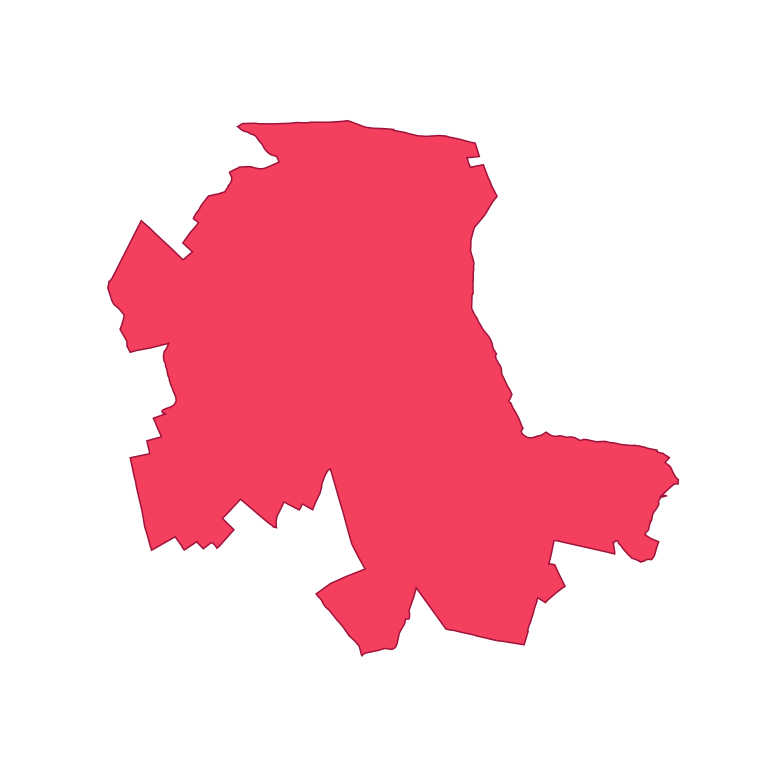 outline of Strunga, Iasi, Romania, rotated 347°
{"feature_id": "2599482B42928689760667", "entity_name": "Strunga", "entity_type": "district", "adm_level": 2, "iso_a3": "ROU", "parent_name": "Romania", "parent_adm1": "Iasi", "projection": "mercator", "projection_center": [26.943, 47.159], "detail": "fine", "context": "isolated", "style": "filled", "palette": "rose", "viewbox_px": 768, "rotation_deg": 347, "n_neighbors": 0, "source": "geoboundaries", "source_scale": "gbopen_adm2", "svg_char_len": 6158}
<svg xmlns="http://www.w3.org/2000/svg" viewBox="0 0 768 768"><g transform="rotate(347 384 384)"><path d="M514.9,621.9L511.5,607.5L509.7,598.5L505.2,596.6L504.0,596.8L508.9,587.0L514.3,575.1L515.8,575.1L516.7,575.4L563.6,598.0L570.5,601.5L571.0,599.5L571.7,590.1L572.4,590.1L573.8,589.2L576.4,589.4L577.0,592.7L578.1,594.1L578.7,595.3L579.9,598.5L583.5,605.1L585.8,608.5L586.1,609.4L589.8,611.5L594.3,615.4L594.7,614.9L595.2,614.8L596.0,614.8L597.1,615.3L599.1,614.5L601.7,614.2L604.8,615.2L605.4,615.2L608.4,612.6L610.4,609.4L612.6,605.2L616.2,599.5L609.1,594.5L604.5,589.6L605.8,587.5L607.8,586.5L609.1,585.3L611.4,580.3L612.5,579.0L612.3,577.8L613.5,577.7L614.3,576.5L616.1,572.2L617.1,570.6L622.2,566.0L624.2,563.8L624.9,562.2L625.1,559.9L625.6,559.4L628.1,556.8L633.8,556.5L633.2,555.9L629.0,555.4L631.8,553.9L632.3,553.4L638.1,550.0L643.6,547.1L645.8,546.8L648.0,547.6L649.3,543.5L647.4,540.7L646.3,537.2L645.6,534.7L645.2,532.1L644.3,528.7L640.2,523.7L645.5,520.0L643.7,518.0L641.9,516.4L640.4,514.5L635.2,511.9L635.3,510.0L625.6,505.5L623.2,503.8L622.0,503.4L621.1,503.4L620.6,503.0L620.4,502.5L619.9,502.2L618.0,501.4L616.0,501.1L614.6,500.0L612.3,499.9L601.2,496.2L596.2,493.7L590.6,491.7L586.4,489.6L577.8,488.0L569.7,484.1L566.3,482.9L562.8,483.2L562.3,483.0L557.9,479.3L556.3,478.4L553.3,477.4L549.9,477.0L545.8,474.8L543.7,474.0L540.1,473.7L537.5,473.0L536.3,472.4L533.1,469.7L531.8,468.0L531.1,467.4L525.7,469.3L520.9,469.3L517.4,469.7L514.2,469.3L512.0,468.5L511.1,467.8L508.6,465.2L507.2,463.3L507.3,460.4L509.5,458.5L508.9,456.8L507.7,448.1L505.7,440.6L504.0,435.4L503.8,433.6L503.3,431.1L502.1,429.7L502.1,428.0L504.0,426.2L506.3,423.0L505.3,417.8L504.0,414.2L501.7,403.8L501.0,401.2L501.1,399.1L501.7,396.4L501.8,394.8L501.3,392.1L500.1,389.3L500.0,388.2L499.0,385.5L498.9,383.7L499.0,381.3L500.4,380.1L498.3,373.7L498.3,372.3L498.5,369.5L498.0,365.4L496.4,360.5L492.9,353.5L491.1,347.5L489.9,344.2L489.6,341.8L489.1,339.8L488.7,339.4L487.5,335.3L486.4,330.0L489.7,317.5L491.1,316.0L493.7,304.4L493.7,303.6L494.1,303.6L494.6,301.9L496.0,295.6L497.0,293.1L497.6,289.9L498.4,287.9L498.9,285.6L498.9,284.6L498.7,279.6L498.4,276.7L498.4,273.0L499.4,270.2L500.4,265.8L501.3,262.9L505.2,255.4L507.3,251.8L519.4,242.7L521.4,240.9L527.8,234.0L530.7,231.2L534.4,228.1L536.1,227.0L536.3,226.0L533.7,216.2L532.6,208.6L532.1,207.4L530.1,192.7L518.9,192.3L516.9,192.1L516.7,191.8L516.7,189.6L516.1,188.6L515.9,182.0L517.5,182.5L528.1,183.8L527.1,170.5L526.7,169.5L523.9,168.5L513.3,162.8L502.8,157.9L500.3,156.4L494.1,154.4L480.9,152.2L472.7,149.7L464.0,145.4L461.3,143.8L450.6,139.1L450.8,138.2L442.9,135.6L430.6,132.2L425.8,130.5L422.5,128.9L410.3,120.7L407.5,119.2L402.4,118.7L389.9,116.7L371.9,112.5L368.3,112.2L364.6,111.5L358.3,109.7L350.4,108.7L332.7,105.2L321.6,102.5L316.2,100.7L304.7,98.4L299.2,100.3L299.8,100.8L302.0,104.0L303.3,105.2L304.3,106.1L307.9,107.9L310.2,110.2L313.5,112.3L315.0,114.1L317.1,119.4L319.2,123.1L320.3,127.4L321.4,129.7L322.6,131.8L324.5,134.3L326.2,135.7L329.2,137.3L330.1,138.0L330.8,139.0L331.7,144.1L320.7,146.3L315.9,147.0L313.1,146.8L310.7,146.1L306.5,144.3L303.3,142.4L298.8,141.3L291.6,140.1L289.3,141.1L288.5,141.0L284.1,142.0L281.0,143.0L282.0,148.0L281.7,150.4L280.8,152.1L279.2,154.0L277.3,155.6L276.6,155.8L276.6,156.9L273.9,159.0L273.1,160.0L271.8,161.0L268.7,161.1L265.7,161.5L261.8,161.3L259.1,161.4L258.0,161.2L257.3,161.5L255.6,161.3L254.1,162.2L245.9,169.0L242.9,172.6L239.3,175.4L236.4,178.6L235.4,180.0L239.0,184.3L239.4,185.1L237.7,186.7L229.1,193.0L219.7,201.3L223.1,206.4L225.5,209.7L225.8,210.4L226.8,211.4L227.2,212.0L216.1,217.8L207.1,203.8L199.1,192.1L190.4,178.8L184.2,170.3L143.5,219.0L141.8,220.8L138.8,222.6L138.3,224.4L136.9,227.2L136.6,228.2L136.6,229.8L137.5,239.6L137.5,240.8L138.4,244.7L138.9,246.0L142.2,250.2L144.2,253.9L145.1,256.1L146.2,257.8L146.0,259.3L145.2,261.3L141.5,267.9L139.1,271.2L140.4,275.7L142.2,281.5L143.1,284.8L142.1,289.2L143.8,296.0L150.3,295.7L165.1,296.3L183.4,296.0L180.3,300.1L178.6,301.8L177.3,302.7L175.7,306.2L175.0,308.9L174.8,312.2L175.6,314.8L175.3,316.8L175.3,318.4L175.6,320.0L175.4,327.3L175.9,329.9L175.7,332.8L176.0,334.2L175.9,335.8L176.9,341.4L177.0,343.4L178.2,349.7L177.9,352.4L177.6,353.8L177.1,354.7L174.7,357.0L173.0,357.7L171.4,358.3L166.0,358.9L162.4,359.7L161.9,360.0L161.5,360.7L161.5,361.3L161.9,362.1L162.3,362.7L163.8,363.4L164.2,364.2L163.5,364.0L151.5,365.5L152.5,370.0L153.1,374.1L155.3,385.4L140.2,386.0L140.1,391.6L140.2,395.5L140.0,399.2L120.1,398.8L119.8,419.0L120.0,423.7L119.6,429.1L119.7,451.4L119.3,461.1L118.7,468.7L119.4,478.8L119.8,489.3L120.2,493.7L146.4,485.8L146.8,487.7L150.0,495.1L151.3,499.4L152.1,500.8L166.4,495.5L166.3,496.1L166.5,496.6L170.9,503.9L179.8,499.8L181.2,500.3L183.5,504.1L184.2,506.4L187.0,505.0L205.0,492.3L196.3,478.6L200.3,476.2L218.3,464.0L233.3,484.3L240.6,493.9L242.5,495.9L244.1,498.4L246.9,499.8L247.0,498.1L248.2,493.0L248.9,491.3L250.2,488.6L257.6,479.7L259.4,476.9L259.9,476.4L273.0,487.7L275.6,485.1L276.9,483.0L277.6,482.6L286.2,490.5L291.8,482.5L292.7,481.6L295.5,477.9L296.7,476.6L300.0,470.5L300.4,468.9L301.8,466.0L306.0,459.9L309.1,456.4L310.0,455.6L312.4,454.6L312.9,458.0L314.4,487.1L315.3,500.8L316.0,521.1L316.6,532.6L320.3,547.4L324.0,560.0L303.4,563.1L286.9,566.4L270.6,573.3L272.1,576.4L273.8,579.1L274.4,580.5L275.4,584.6L277.0,588.4L279.6,591.9L285.1,603.4L286.3,605.5L289.3,611.2L293.4,621.6L297.6,627.6L300.8,633.8L301.1,639.0L301.0,642.6L301.5,643.8L302.4,643.0L304.0,642.3L306.6,642.0L317.7,642.3L325.0,641.9L326.2,642.1L330.9,644.1L332.0,644.2L333.0,644.3L335.6,643.3L336.6,642.4L338.4,639.7L342.5,631.0L343.4,629.6L345.4,627.3L349.9,622.5L350.8,621.1L351.9,618.2L353.4,618.2L355.5,618.6L356.6,616.3L357.3,613.4L357.4,610.4L364.7,598.8L368.9,591.4L369.5,589.7L389.2,636.6L391.7,638.0L396.8,639.9L404.3,643.7L415.5,648.9L416.6,649.8L433.6,658.2L438.8,660.5L439.7,660.6L461.9,669.6L468.7,657.6L468.2,657.4L469.5,654.7L471.5,651.1L472.6,649.9L473.9,647.7L474.7,646.1L477.5,641.7L479.6,637.5L482.2,633.1L484.1,630.2L484.4,629.1L485.7,626.9L492.1,633.3L494.3,631.7L505.4,625.9L511.6,623.1L514.9,621.9Z" fill="#f43f5e" stroke="#9f1239" stroke-width="1.5"/></g></svg>